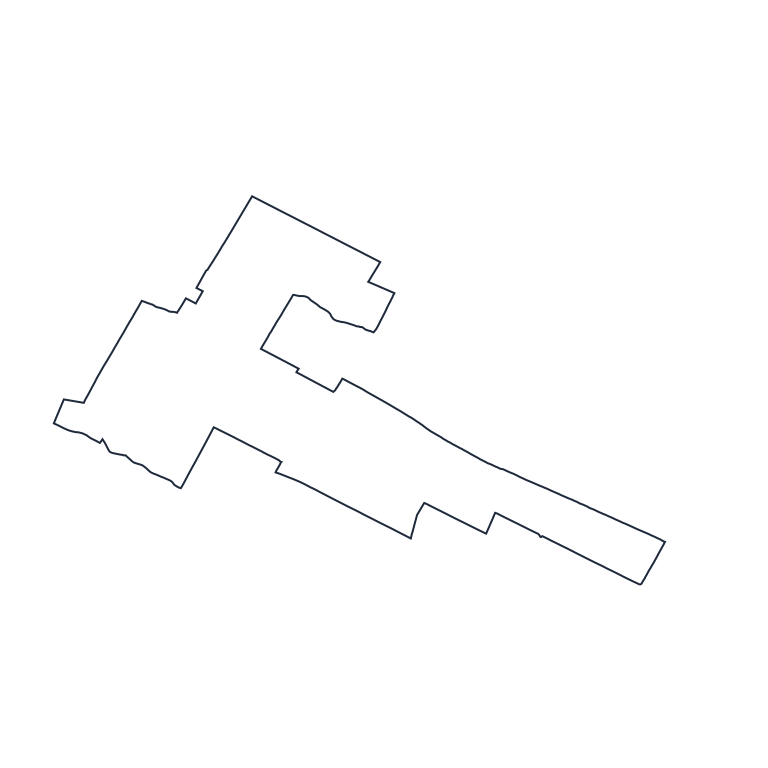 the district of Gradinile, Olt, Romania, rotated 14°
{"feature_id": "2599482B70772159290730", "entity_name": "Gradinile", "entity_type": "district", "adm_level": 2, "iso_a3": "ROU", "parent_name": "Romania", "parent_adm1": "Olt", "projection": "robinson", "projection_center": [24.386, 43.959], "detail": "fine", "context": "isolated", "style": "outline", "palette": "slate", "viewbox_px": 768, "rotation_deg": 14, "n_neighbors": 0, "source": "geoboundaries", "source_scale": "gbopen_adm2", "svg_char_len": 6147}
<svg xmlns="http://www.w3.org/2000/svg" viewBox="0 0 768 768"><g transform="rotate(14 384 384)"><path d="M694.8,469.2L694.1,469.2L693.0,468.9L691.7,468.7L691.0,468.3L690.3,468.1L687.7,467.6L686.0,467.3L682.7,466.6L680.6,466.3L676.2,465.4L674.3,465.1L670.4,464.5L668.1,464.1L664.4,463.5L659.1,462.5L652.2,461.2L651.1,461.1L649.0,460.8L644.0,459.8L642.6,459.6L641.1,459.3L637.6,458.6L634.5,458.1L630.4,457.3L628.8,457.2L626.3,456.7L624.5,456.4L623.5,456.3L622.5,456.0L619.9,455.5L618.2,455.1L613.9,454.6L612.5,454.3L611.3,453.8L608.4,453.3L606.8,453.0L605.7,452.8L603.1,452.6L600.2,451.8L597.2,451.3L596.3,451.2L594.8,450.8L590.6,450.3L588.4,449.9L582.9,449.0L580.1,448.4L572.8,447.2L567.8,446.2L564.3,445.7L562.1,445.3L559.6,445.0L557.0,444.6L554.3,444.1L545.3,442.7L543.6,442.4L540.9,441.8L538.5,441.4L537.4,441.2L536.6,440.9L532.8,440.1L531.5,439.8L529.8,439.6L529.0,439.5L527.7,439.3L524.8,438.8L520.8,438.0L519.8,437.9L519.2,437.9L517.9,438.1L517.3,438.1L515.5,437.7L514.2,437.4L512.5,437.2L507.6,436.2L505.7,435.9L503.9,435.8L501.9,435.2L495.3,433.7L493.1,433.0L485.6,431.1L481.3,429.8L477.6,428.9L474.9,428.1L473.2,427.8L471.3,427.3L468.7,426.6L468.3,426.6L467.5,426.3L466.5,426.0L465.9,426.0L465.1,425.8L464.5,425.6L463.4,425.2L462.0,424.8L459.9,424.4L458.9,424.0L454.6,422.8L452.4,421.9L444.0,419.5L440.2,418.4L438.8,417.8L436.1,416.8L431.9,415.0L431.2,414.6L429.0,413.9L427.8,413.3L427.1,413.1L426.0,412.8L424.5,412.2L423.4,411.8L421.0,410.9L417.7,409.8L416.5,409.6L414.9,409.1L411.8,408.1L406.9,406.5L403.9,405.6L403.1,405.4L398.7,404.1L396.1,403.3L390.3,401.6L388.6,401.2L386.2,400.4L384.3,400.0L382.3,399.4L370.2,396.1L367.3,395.2L366.0,394.7L363.6,394.0L356.4,392.3L354.8,391.9L349.1,390.5L343.6,389.1L342.2,388.9L341.7,390.9L340.7,394.2L339.1,399.1L338.7,399.8L338.5,400.6L338.2,401.6L337.8,402.4L336.7,403.9L296.2,393.8L296.5,392.5L297.5,389.8L275.5,384.4L256.1,379.7L256.7,377.3L259.8,367.1L260.2,365.5L260.8,363.0L261.6,360.9L262.2,359.1L262.7,357.1L263.4,354.9L265.2,348.7L266.7,344.5L267.5,342.0L269.4,335.3L272.9,324.2L274.2,319.6L274.8,319.4L276.1,319.3L279.8,319.2L280.7,319.1L283.6,318.4L285.4,318.1L287.2,318.1L289.6,318.6L290.1,318.8L290.9,319.3L291.8,319.9L292.7,320.4L294.0,320.9L295.1,321.3L296.1,321.7L297.9,322.3L299.9,323.1L300.7,323.5L303.2,324.8L309.0,326.3L311.7,327.2L313.2,327.9L314.4,328.7L315.2,329.4L316.0,330.5L316.9,331.4L317.9,332.3L319.2,333.2L320.6,333.7L322.0,334.0L323.3,334.1L324.3,334.1L325.7,334.1L326.9,334.1L328.2,334.0L330.0,333.8L332.5,333.7L338.4,334.1L340.4,334.2L343.3,334.6L344.8,334.5L345.2,334.3L346.2,334.3L346.9,334.5L348.3,334.2L349.2,334.1L350.2,334.5L351.5,335.1L353.0,335.7L356.2,336.0L357.9,335.9L359.3,336.2L361.4,336.4L363.0,333.0L363.4,331.7L364.2,328.7L365.4,323.3L366.8,317.5L367.9,312.6L368.4,309.8L369.1,306.5L369.8,303.7L371.3,297.2L371.3,296.4L371.5,295.7L372.1,293.3L344.0,288.7L344.6,287.0L346.1,281.9L347.2,278.5L348.6,274.1L349.5,271.2L350.5,267.8L350.8,266.6L313.2,257.8L290.6,252.5L278.0,249.5L267.6,247.1L243.1,241.4L210.6,233.8L199.4,271.1L195.5,283.8L193.6,289.5L191.1,297.8L190.2,300.5L188.2,306.7L186.2,312.5L185.1,315.9L184.0,317.0L182.3,323.1L178.8,336.2L185.7,337.8L181.9,351.4L171.1,348.8L168.8,356.5L165.9,365.0L164.8,364.8L162.6,364.9L160.0,365.4L158.1,365.6L156.6,365.2L154.4,364.7L151.0,364.4L147.6,364.3L144.9,364.4L143.9,364.2L140.9,363.2L139.8,362.9L138.2,363.0L137.0,362.7L135.5,362.7L133.5,362.4L128.9,361.9L128.5,363.2L128.2,364.3L126.9,369.1L125.3,374.5L123.5,381.0L122.1,385.4L120.6,390.6L118.9,396.8L117.2,402.5L116.4,405.1L115.3,409.1L113.6,414.8L112.5,418.9L110.1,426.8L107.7,434.4L105.1,443.7L104.1,447.1L102.7,453.2L102.0,455.8L99.4,466.2L98.6,469.0L97.9,471.5L97.3,474.9L77.1,476.4L75.6,486.2L74.0,496.4L73.2,502.1L77.1,502.8L81.9,503.9L83.6,504.3L87.6,505.0L89.9,505.3L92.8,505.4L95.5,505.3L96.7,505.3L98.3,504.9L99.8,504.8L102.6,504.8L103.7,504.9L104.9,505.1L107.9,505.7L111.2,507.1L114.0,507.9L118.3,508.8L119.4,509.1L122.6,509.9L124.2,505.7L125.5,506.9L126.8,508.1L128.8,510.2L131.3,513.1L132.4,514.3L133.1,515.1L133.9,515.8L134.5,516.2L135.4,516.4L136.7,516.6L138.8,516.6L140.7,516.5L143.3,516.4L145.0,516.3L146.5,516.2L147.4,516.0L148.3,516.2L149.2,516.2L149.9,515.8L150.7,515.8L152.0,516.6L153.2,517.2L157.5,519.5L159.3,520.4L160.0,520.6L161.1,520.8L162.0,520.9L164.5,521.0L168.5,521.2L169.9,521.6L171.9,522.4L174.1,523.5L175.0,524.0L176.3,524.7L177.3,525.3L178.4,525.8L179.9,526.3L182.8,526.8L184.1,526.9L186.9,527.3L190.0,527.9L192.0,528.1L199.4,529.3L200.7,529.7L201.7,530.1L202.8,530.8L203.7,531.6L204.4,532.2L205.3,532.7L208.6,533.8L210.6,534.2L212.1,534.2L213.5,529.5L215.3,522.1L217.4,513.9L220.3,503.0L225.7,481.8L229.3,467.2L231.9,467.7L236.2,468.7L239.5,469.4L250.7,471.9L253.2,472.5L257.3,473.5L258.5,473.7L266.0,475.5L267.1,475.8L269.8,476.4L271.7,476.7L273.8,477.3L275.6,477.6L277.0,478.0L282.4,479.2L283.3,479.6L284.0,479.7L285.0,479.9L288.7,480.8L291.0,481.2L297.8,482.7L300.7,483.5L301.7,484.1L302.6,484.5L303.2,484.5L302.8,485.2L302.7,486.1L302.4,487.6L301.9,489.4L301.2,491.9L300.6,493.5L300.2,496.0L305.0,496.4L314.8,497.7L318.9,498.2L322.8,498.8L326.4,499.4L331.6,500.5L333.4,501.0L336.0,501.5L336.4,501.7L337.0,502.0L338.3,502.1L343.9,503.3L345.6,503.8L361.1,507.5L377.8,511.4L389.3,513.9L397.3,515.9L405.4,517.7L410.4,518.9L421.1,521.3L425.8,522.3L447.4,527.4L447.3,522.4L447.5,520.5L447.6,510.0L447.7,507.6L447.7,504.7L447.8,502.9L451.8,489.7L454.4,490.1L457.3,490.8L470.3,493.7L486.5,497.4L498.9,500.1L509.7,502.5L519.3,504.5L520.6,496.9L521.1,493.8L521.8,489.8L523.0,482.1L525.7,482.4L528.8,483.2L546.2,487.0L562.0,490.5L570.1,492.2L570.9,492.8L571.6,493.3L572.0,493.8L572.5,494.4L573.3,494.6L573.7,494.1L574.5,493.3L575.1,493.5L579.5,494.4L583.5,495.4L595.6,498.0L601.6,499.3L610.2,501.3L614.6,502.3L625.6,504.8L630.6,505.9L635.2,506.9L639.4,507.7L644.7,509.0L649.5,510.0L660.4,512.4L662.3,512.9L671.5,514.9L680.1,516.6L681.0,516.5L681.8,516.0L682.3,515.1L682.8,513.0L683.2,511.8L684.1,509.2L684.2,508.3L685.0,505.6L686.0,501.6L686.2,500.7L687.2,497.9L687.6,496.4L688.0,494.7L688.5,493.4L689.0,491.6L690.6,485.6L691.7,481.1L694.0,472.6L694.8,469.2Z" fill="none" stroke="#1e293b" stroke-width="2"/></g></svg>